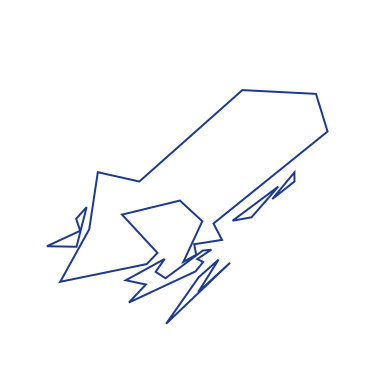 outline of Canada, rotated 137°
{"feature_id": "CAN", "entity_name": "Canada", "entity_type": "country or territory", "adm_level": 0, "iso_a3": "CAN", "parent_name": "North America", "parent_adm1": "", "projection": "equal_earth", "projection_center": [-89.555, 62.395], "detail": "coarse", "context": "isolated", "style": "outline", "palette": "blue", "viewbox_px": 384, "rotation_deg": 137, "n_neighbors": 0, "source": "natural_earth", "source_scale": "50m", "svg_char_len": 767}
<svg xmlns="http://www.w3.org/2000/svg" viewBox="0 0 384 384"><g transform="rotate(137 192 192)"><path d="M85.7,232.2L34.4,179.2L51.6,143.8L197.8,154.3L202.7,136.5L226.0,152.3L231.8,143.2L245.9,146.8L204.4,163.6L206.7,194.0L258.6,223.2L258.8,171.0L274.3,170.2L349.6,216.2L292.6,234.8L247.4,270.7L223.4,235.6L85.7,232.2ZM217.2,136.6L233.9,139.4L231.6,133.2L243.5,131.5L313.5,154.2L288.8,155.8L300.6,172.6L257.7,161.7L273.1,158.4L270.2,147.0L224.1,141.8L217.2,136.6ZM212.5,114.3L300.8,113.3L245.3,125.1L218.7,124.4L255.6,114.6L212.5,114.3ZM125.2,137.1L165.7,132.9L181.9,143.3L125.2,137.1ZM335.1,251.3L300.2,239.9L295.0,251.4L279.4,252.8L313.8,230.7L335.1,251.3ZM109.9,129.8L138.1,132.1L103.7,136.5L109.9,129.8Z" fill="none" stroke="#1e3a8a" stroke-width="2"/></g></svg>